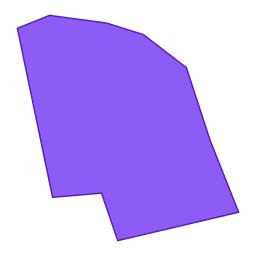 Gulistan city, Sirdaryo, Uzbekistan
{"feature_id": "79887680B26381938594852", "entity_name": "Gulistan city", "entity_type": "district", "adm_level": 2, "iso_a3": "UZB", "parent_name": "Uzbekistan", "parent_adm1": "Sirdaryo", "projection": "albers", "projection_center": [68.761, 40.473], "detail": "fine", "context": "isolated", "style": "filled", "palette": "violet", "viewbox_px": 256, "rotation_deg": 0, "n_neighbors": 0, "source": "geoboundaries", "source_scale": "gbopen_adm2", "svg_char_len": 254}
<svg xmlns="http://www.w3.org/2000/svg" viewBox="0 0 256 256"><path d="M17.4,28.3L52.6,197.3L101.5,193.1L117.8,240.6L238.6,212.2L210.1,140.3L186.4,67.7L143.3,34.6L106.6,23.1L49.5,15.4L17.4,28.3Z" fill="#8b5cf6" stroke="#5b21b6" stroke-width="1.5"/></svg>